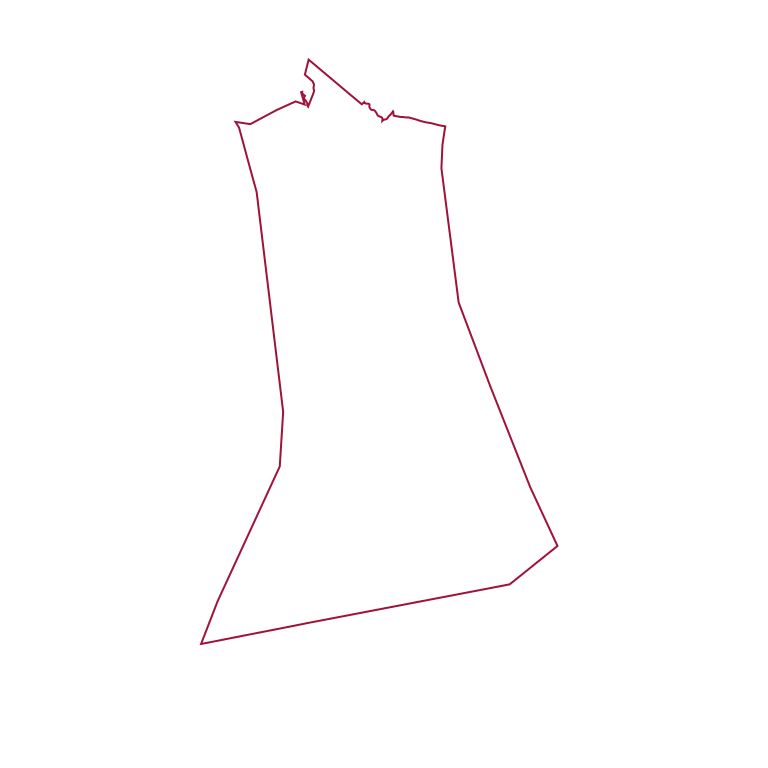 San Agustín Etla, Oaxaca, Mexico (Albers equal-area conic projection), rotated 104°
{"feature_id": "50627088B72104671930177", "entity_name": "San Agustín Etla", "entity_type": "district", "adm_level": 2, "iso_a3": "MEX", "parent_name": "Mexico", "parent_adm1": "Oaxaca", "projection": "albers", "projection_center": [-96.764, 17.204], "detail": "fine", "context": "isolated", "style": "outline", "palette": "rose", "viewbox_px": 768, "rotation_deg": 104, "n_neighbors": 0, "source": "geoboundaries", "source_scale": "gbopen_adm2", "svg_char_len": 1665}
<svg xmlns="http://www.w3.org/2000/svg" viewBox="0 0 768 768"><g transform="rotate(104 384 384)"><path d="M448.7,217.2L361.1,279.9L286.8,331.3L160.7,380.5L137.4,385.2L119.2,386.9L119.5,390.9L119.6,395.2L119.5,400.9L120.0,407.6L119.9,413.0L119.6,416.2L119.5,420.1L119.4,424.8L120.0,426.9L120.4,430.4L120.9,432.6L121.3,439.5L120.8,439.7L118.6,440.6L117.8,440.8L117.5,440.9L117.2,441.2L118.3,441.6L120.2,442.5L121.3,443.0L121.8,443.3L122.3,443.7L122.9,444.1L124.8,444.8L125.1,444.9L125.5,445.1L125.9,445.3L126.3,445.7L126.8,446.4L127.3,447.4L127.6,447.9L127.8,448.2L128.1,448.5L128.6,448.9L129.2,449.3L128.6,449.4L127.2,449.6L126.8,449.7L126.4,449.9L126.1,450.3L125.9,450.6L125.7,451.2L125.3,454.4L124.9,455.0L124.7,455.2L124.5,455.5L123.7,456.2L122.8,456.9L121.1,459.0L120.9,459.4L120.7,460.1L120.7,460.6L121.0,462.0L120.9,462.8L120.7,463.2L120.3,463.8L119.7,464.4L119.1,464.9L118.5,465.3L117.8,465.5L116.9,465.5L116.3,465.7L116.1,465.9L115.9,466.2L115.8,466.6L116.1,468.3L116.2,468.8L116.2,469.3L116.2,469.9L116.1,470.6L115.2,471.4L115.6,471.6L116.8,472.4L118.0,473.2L117.7,473.8L116.6,476.0L116.1,477.1L115.1,479.1L109.9,489.9L101.8,506.4L87.5,535.6L103.0,535.6L107.7,526.3L109.4,525.2L110.1,524.4L111.4,524.2L113.5,524.1L115.3,523.4L116.0,522.8L118.8,522.8L120.2,523.0L133.2,524.7L131.9,526.0L130.5,526.1L127.5,529.0L126.6,530.8L125.5,530.9L123.5,530.4L122.0,533.5L120.3,534.0L120.9,535.0L132.0,528.6L131.2,538.1L144.2,554.5L164.2,576.6L165.6,591.5L170.4,586.6L205.7,566.9L228.6,554.0L435.4,475.1L489.2,465.2L635.1,492.9L680.5,498.6L661.3,457.6L636.1,403.8L635.0,401.6L548.0,213.6L499.2,176.5L448.7,217.2Z" fill="none" stroke="#9f1239" stroke-width="2"/></g></svg>